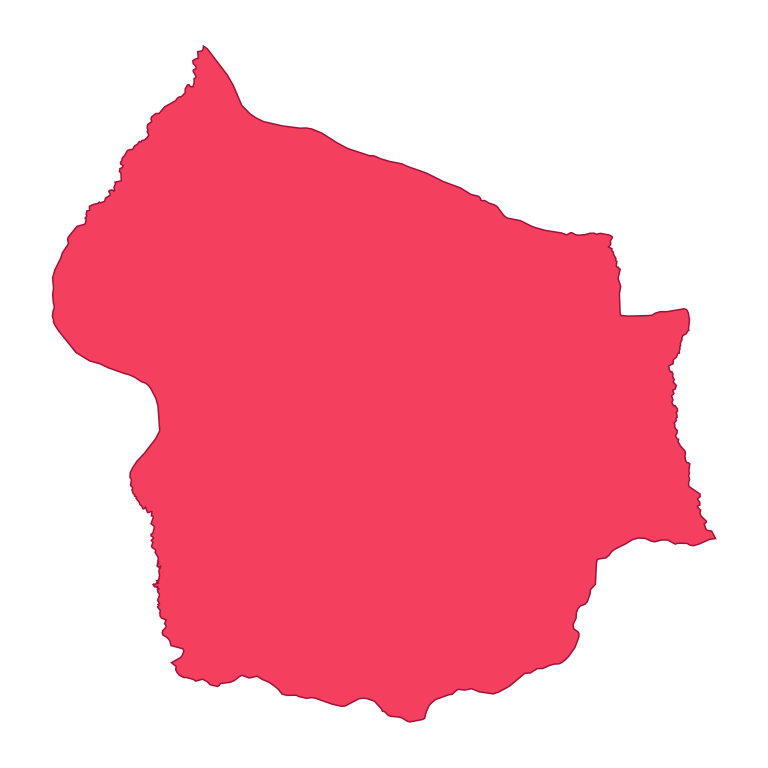 outline of Tunduru, Ruvuma, United Republic of Tanzania
{"feature_id": "72390352B58168894275482", "entity_name": "Tunduru", "entity_type": "district", "adm_level": 2, "iso_a3": "TZA", "parent_name": "United Republic of Tanzania", "parent_adm1": "Ruvuma", "projection": "albers", "projection_center": [37.262, -10.895], "detail": "fine", "context": "isolated", "style": "filled", "palette": "rose", "viewbox_px": 768, "rotation_deg": 0, "n_neighbors": 0, "source": "geoboundaries", "source_scale": "gbopen_adm2", "svg_char_len": 6067}
<svg xmlns="http://www.w3.org/2000/svg" viewBox="0 0 768 768"><path d="M203.4,46.1L203.2,49.0L201.9,51.0L197.7,51.6L198.3,58.0L194.4,59.5L192.8,60.8L193.2,63.7L195.4,65.8L196.2,67.5L195.9,68.7L193.5,69.8L193.2,70.5L193.3,71.6L196.0,76.3L195.9,77.4L194.0,78.8L194.2,82.3L192.9,86.8L190.3,86.8L189.0,84.7L187.4,85.0L185.2,89.0L185.1,92.9L181.3,96.7L179.4,96.9L177.5,98.0L175.6,100.7L164.6,106.9L159.0,113.5L155.8,113.5L151.5,117.0L151.0,118.7L151.7,121.7L148.1,124.1L147.4,125.3L147.2,128.0L147.9,129.9L147.2,131.7L148.8,135.0L147.5,137.2L144.6,140.0L141.9,140.5L141.0,142.0L139.3,141.5L137.3,144.4L134.6,145.8L132.7,149.3L129.4,149.7L127.4,150.6L124.4,155.8L122.5,157.6L121.7,160.7L120.5,162.2L120.7,164.1L123.1,165.5L122.4,167.6L120.0,168.5L119.4,171.6L120.9,172.8L121.3,180.8L115.0,182.2L115.5,183.8L114.0,187.1L114.5,190.5L114.1,191.1L111.9,189.9L109.3,190.5L108.8,191.6L110.3,193.9L109.9,195.3L105.6,198.0L104.6,201.3L100.6,202.8L99.2,202.1L97.8,203.5L93.7,204.3L89.4,206.3L89.6,210.3L86.8,211.0L86.2,214.5L86.8,216.0L85.1,218.2L86.3,219.6L85.0,224.1L76.9,226.4L68.1,237.4L67.6,239.6L68.4,242.9L67.9,244.6L62.4,252.8L60.8,258.0L55.0,269.6L52.6,277.7L53.5,287.9L52.7,294.6L53.3,302.8L54.2,305.6L54.1,308.6L53.1,311.0L52.4,316.4L53.6,320.1L53.4,321.5L54.9,325.2L59.2,331.6L76.1,352.6L89.9,361.0L99.7,363.7L108.1,367.7L124.6,373.6L128.4,374.5L134.5,377.1L141.7,381.8L145.2,383.0L147.5,384.5L150.7,388.4L155.9,398.4L158.0,406.1L159.7,430.7L155.9,438.4L144.3,453.4L136.9,461.3L132.7,467.7L130.2,472.6L130.0,477.6L131.0,478.3L131.4,480.0L130.5,485.2L132.8,487.9L131.9,489.8L133.2,493.6L134.5,494.5L134.4,496.0L136.4,497.1L136.1,498.5L139.2,502.1L139.9,504.6L141.8,506.0L142.9,508.8L144.1,508.8L145.5,507.1L147.5,512.5L148.6,512.6L151.2,511.4L152.0,511.9L151.3,515.8L152.8,516.2L153.3,517.3L151.0,523.8L153.8,525.9L154.3,527.4L152.8,533.2L151.0,534.4L151.2,536.0L153.0,536.9L153.3,538.2L151.3,540.4L152.9,542.5L151.5,546.2L152.2,547.6L155.4,549.6L155.7,550.7L155.1,552.3L158.4,557.9L157.8,561.1L158.5,561.5L157.5,562.9L158.5,563.5L157.1,565.0L157.3,566.5L158.3,566.9L160.5,566.2L160.4,567.7L159.3,568.2L159.7,569.1L158.8,570.8L159.6,576.0L159.1,576.7L159.2,578.6L158.4,579.6L158.6,580.9L156.8,580.8L158.5,583.2L157.7,583.5L156.6,582.7L156.0,584.1L153.5,584.1L153.0,584.6L154.6,586.8L157.5,586.7L157.0,587.5L158.9,588.8L157.4,589.4L158.1,592.5L159.2,593.6L159.4,595.4L157.6,600.3L159.4,603.6L158.0,604.5L158.7,605.6L157.5,606.9L160.4,610.7L159.8,612.8L160.2,616.2L161.5,618.1L166.1,619.9L164.6,623.6L166.1,625.9L166.0,627.2L162.8,630.6L162.3,632.9L162.9,635.0L166.6,637.2L168.6,639.1L169.8,641.0L171.1,645.6L182.8,648.7L183.9,651.0L182.3,655.3L180.6,657.5L171.4,662.7L176.1,666.4L175.7,669.7L177.2,672.7L179.6,675.4L183.8,677.5L186.4,677.5L193.6,679.5L195.5,681.1L202.7,679.2L207.3,681.8L210.0,684.7L217.6,686.5L219.0,685.7L220.5,683.5L230.2,682.3L234.6,680.4L239.5,676.5L241.9,675.3L249.3,678.0L257.2,676.2L262.0,679.3L269.3,682.4L274.5,686.1L278.4,689.4L282.2,694.2L287.3,695.4L296.5,695.2L298.3,696.4L306.4,698.3L311.3,697.6L314.8,698.0L332.3,704.2L341.7,706.3L345.1,706.0L358.9,698.8L363.1,698.2L367.0,698.6L374.4,701.2L381.7,709.1L382.3,711.2L384.8,711.8L387.9,715.1L390.6,716.3L399.2,717.1L402.1,718.0L407.0,721.1L409.9,721.9L422.5,719.5L424.6,718.4L426.1,712.3L429.3,705.1L432.8,701.8L435.3,699.7L437.3,698.9L448.7,694.8L452.2,694.3L456.9,690.0L458.6,689.3L464.7,690.1L471.6,688.7L479.2,691.8L493.3,693.9L498.6,692.1L509.6,686.1L524.8,673.3L530.5,672.9L537.0,668.7L542.7,668.5L549.8,665.3L554.2,664.1L559.1,663.8L562.1,662.4L565.7,659.4L568.8,656.2L574.9,647.6L577.9,639.8L579.0,636.1L578.9,633.3L577.9,631.8L573.7,628.8L573.1,624.6L576.1,618.2L576.4,612.7L578.0,608.6L580.2,606.0L585.0,604.2L587.3,601.7L590.0,594.1L590.6,589.5L595.4,584.3L596.4,563.7L597.1,559.8L598.2,559.1L605.8,557.9L608.9,555.4L611.8,551.5L615.4,548.9L625.0,544.2L632.4,539.7L638.2,538.0L645.2,538.4L651.1,541.1L654.8,541.8L661.4,540.0L667.5,540.0L675.2,544.1L678.3,543.2L687.0,543.4L690.2,545.2L693.3,545.7L699.2,544.0L709.7,539.3L715.6,538.6L711.6,531.1L707.1,530.3L706.1,529.5L704.2,524.0L706.3,522.4L706.4,521.2L700.9,515.9L700.0,513.4L700.6,510.1L697.4,507.0L697.8,506.0L699.8,505.2L699.8,502.1L698.2,500.4L697.7,498.8L700.2,496.6L700.0,494.1L688.9,486.4L688.6,482.5L689.6,479.3L688.6,475.6L689.5,473.2L688.8,470.9L689.8,463.9L688.5,462.8L686.6,462.4L685.6,460.5L684.9,456.4L685.5,453.2L684.9,450.9L680.6,446.2L678.2,441.9L678.6,439.3L677.2,438.7L675.4,435.8L676.9,433.6L677.3,430.4L675.5,428.7L674.7,426.6L674.8,424.2L674.1,423.1L676.1,420.8L676.1,418.1L677.2,417.3L676.4,412.3L677.5,411.3L677.4,408.9L675.0,405.5L673.8,405.8L672.2,403.4L672.0,401.9L673.0,400.0L671.6,396.0L673.9,393.6L672.8,390.3L675.2,389.1L676.3,385.5L673.2,381.9L674.3,379.6L672.7,376.7L673.0,374.0L671.7,371.6L670.7,372.0L669.3,369.8L668.8,365.8L673.1,363.8L673.4,359.7L676.4,357.2L677.9,353.4L679.4,353.1L679.2,351.6L680.0,348.6L679.7,346.6L680.6,345.9L680.4,343.2L682.0,339.6L681.8,337.9L682.8,335.7L686.4,333.5L687.5,331.3L688.9,330.3L688.5,329.1L689.5,319.8L688.3,312.9L686.6,309.6L684.1,308.8L666.7,311.7L660.2,311.7L655.0,313.3L652.2,315.2L647.9,315.6L628.9,316.1L620.8,315.5L620.1,312.6L619.4,293.6L620.7,286.4L618.1,278.3L620.2,269.3L619.4,269.2L618.4,267.3L616.6,266.8L616.2,266.0L616.9,261.5L615.8,260.6L615.8,258.1L613.9,255.2L613.2,252.0L611.7,250.5L612.0,248.8L608.6,247.1L610.7,244.4L610.5,240.8L612.0,238.3L612.4,237.2L612.0,236.5L609.2,235.0L600.3,233.3L596.4,234.3L594.3,233.2L590.1,233.2L585.3,234.6L579.2,235.2L575.8,234.8L572.0,232.8L570.7,232.7L566.7,234.9L561.7,233.0L545.3,230.4L536.3,227.9L531.7,226.3L520.3,220.6L507.0,218.0L503.8,215.5L497.0,206.4L494.1,204.8L488.6,202.9L484.6,200.5L482.8,200.8L480.8,200.1L480.6,198.6L478.6,196.3L470.9,194.4L460.8,188.1L443.2,181.5L426.2,173.0L407.1,166.3L401.8,163.8L389.5,161.4L380.8,158.8L373.9,155.8L369.5,155.7L348.1,148.7L337.5,143.1L321.7,133.0L311.6,128.9L306.0,128.0L300.0,128.2L282.9,126.0L263.5,121.6L255.8,117.8L250.0,113.8L241.8,105.4L233.1,85.1L227.1,74.7L207.3,48.8L203.4,46.1Z" fill="#f43f5e" stroke="#9f1239" stroke-width="1.5"/></svg>